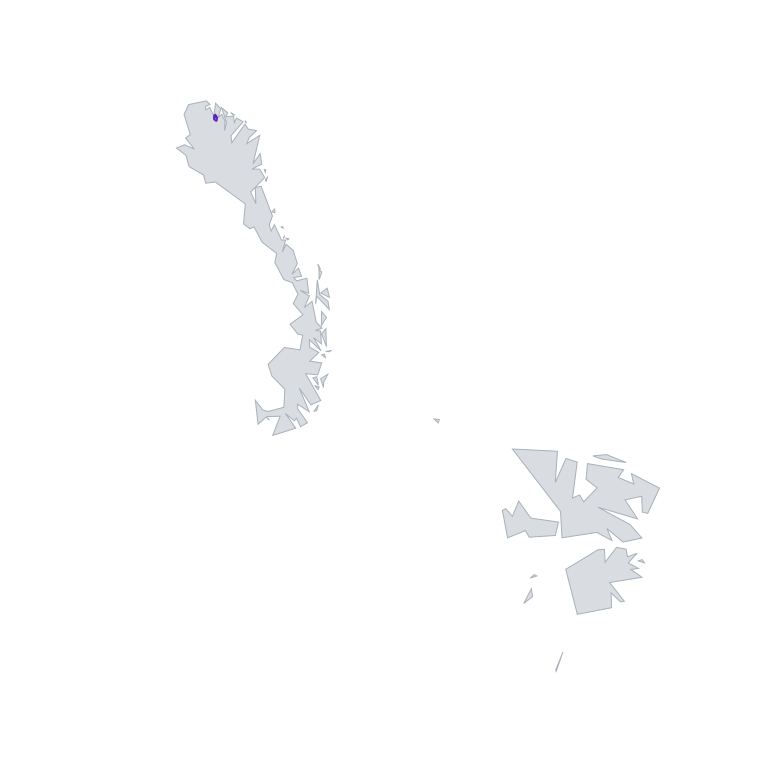 location of Sauda nor, Rogaland, Norway, rotated 126°
{"feature_id": "86288312B22433756147713", "entity_name": "Sauda nor", "entity_type": "district", "adm_level": 2, "iso_a3": "NOR", "parent_name": "Norway", "parent_adm1": "Rogaland", "projection": "mercator", "projection_center": [6.323, 59.704], "detail": "fine", "context": "in_parent", "style": "filled", "palette": "violet", "viewbox_px": 768, "rotation_deg": 126, "n_neighbors": 0, "source": "geoboundaries", "source_scale": "gbopen_adm2", "svg_char_len": 4889}
<svg xmlns="http://www.w3.org/2000/svg" viewBox="0 0 768 768"><g transform="rotate(126 384 384)"><path d="M405.7,472.0L392.2,478.5L394.3,482.9L390.9,495.2L375.7,490.2L372.2,504.7L361.9,506.4L355.9,517.7L358.4,526.4L350.0,543.6L341.5,547.6L340.9,566.0L333.3,581.4L337.2,583.9L337.1,591.7L319.9,602.0L319.7,639.2L326.3,646.2L321.0,652.8L322.7,669.4L315.4,678.7L315.1,690.6L307.7,686.0L305.5,675.6L301.7,689.1L296.1,687.3L283.4,704.2L272.8,706.3L259.3,694.1L260.1,689.1L264.6,691.6L267.0,689.3L262.7,687.6L267.3,679.3L255.8,685.3L257.3,677.8L265.6,674.7L261.2,673.8L264.9,667.1L272.7,662.0L265.1,665.0L255.9,677.9L256.4,669.8L260.8,669.1L255.8,663.2L260.5,658.7L255.6,659.7L254.6,652.1L273.1,653.7L278.3,648.9L255.5,649.3L257.6,643.7L253.9,636.1L263.8,637.9L270.3,636.3L255.9,630.7L282.7,619.4L270.4,619.6L278.0,612.1L287.6,617.1L283.3,610.8L287.1,601.9L307.0,604.7L313.4,593.6L300.6,603.7L296.2,599.7L313.7,573.0L322.9,570.3L326.6,565.1L319.5,566.4L327.7,551.5L325.4,548.3L336.8,543.8L328.5,545.3L329.3,536.0L337.5,524.9L349.4,522.9L340.5,521.3L345.3,514.1L351.0,519.5L351.9,515.4L343.8,508.5L354.8,498.3L357.6,506.8L356.6,496.1L368.9,493.4L359.4,490.8L373.9,475.0L375.3,466.9L380.8,471.0L378.5,466.4L388.3,458.2L387.9,468.2L394.1,454.5L392.1,470.3L397.9,465.6L396.8,455.3L409.1,457.4L403.5,446.8L415.6,443.0L421.7,453.5L434.5,425.5L443.8,430.8L437.1,450.1L450.4,428.2L451.1,442.0L454.8,439.2L460.3,423.2L467.6,426.4L463.1,434.7L466.5,434.9L465.8,446.4L471.6,429.5L491.0,443.8L471.1,449.1L479.4,459.8L490.6,462.2L472.8,478.5L476.2,466.9L474.4,461.7L461.7,451.3L446.5,461.2L443.5,479.3L436.2,489.3L413.1,486.1L405.7,472.0ZM357.0,84.8L371.4,97.7L369.9,118.6L376.6,107.7L379.1,124.7L403.8,149.6L383.4,166.2L361.1,241.9L336.5,204.2L363.1,187.5L337.3,193.0L333.6,181.8L365.4,164.5L358.8,160.5L361.9,153.2L342.8,150.5L342.3,164.6L328.8,172.6L312.5,139.7L322.0,139.6L318.1,123.2L311.1,131.1L306.3,99.9L333.7,94.6L335.8,99.7L323.4,109.5L336.1,120.9L344.1,99.5L357.9,138.5L353.1,102.4L357.0,84.8ZM388.7,61.7L412.0,84.8L418.5,61.9L421.3,64.6L419.5,77.5L431.2,68.4L456.7,92.2L427.1,128.0L392.3,113.5L388.2,108.4L398.3,100.4L379.5,99.8L375.3,91.1L380.7,85.4L372.2,79.8L385.2,81.2L383.7,69.7L388.9,75.3L388.7,61.7ZM405.8,156.3L422.6,176.5L419.5,183.4L435.8,193.6L416.7,213.9L413.3,212.2L415.6,202.3L399.6,206.2L406.2,186.4L393.2,161.7L405.8,156.3ZM352.5,490.1L359.7,486.2L338.9,499.2L349.4,488.7L350.0,477.9L355.9,472.0L352.5,490.1ZM363.9,469.8L373.6,468.9L362.1,477.2L363.9,469.8ZM373.5,463.5L387.6,452.5L380.1,464.1L373.5,463.5ZM305.2,142.0L316.7,163.6L319.4,172.8L310.3,162.4L305.2,142.0ZM346.0,479.0L347.6,488.7L339.9,486.3L346.0,479.0ZM422.5,430.9L416.9,438.4L409.3,435.2L418.1,433.8L422.5,430.9ZM423.5,436.3L420.9,445.1L417.7,442.7L423.5,436.3ZM330.1,500.0L337.6,497.9L329.5,504.0L330.1,500.0ZM514.6,76.9L495.7,81.7L515.3,75.8L514.6,76.9ZM468.7,138.9L479.5,141.9L463.0,144.4L468.7,138.9ZM439.6,424.8L445.3,422.8L447.1,424.6L439.6,424.8ZM427.2,434.1L426.0,438.8L424.5,434.7L427.2,434.1ZM397.1,446.8L397.0,451.5L394.8,449.8L397.1,446.8ZM383.7,317.3L382.9,322.9L380.2,318.4L383.7,317.3ZM455.0,151.6L450.0,150.5L449.5,147.6L455.0,151.6ZM309.4,572.9L310.8,576.0L306.8,575.3L309.4,572.9ZM387.5,445.9L390.3,447.6L392.0,450.3L387.5,445.9ZM375.6,68.2L377.7,74.3L374.4,72.0L375.6,68.2ZM289.0,599.8L284.5,600.1L289.2,598.4L289.0,599.8ZM282.5,604.5L280.9,606.9L280.1,605.7L282.5,604.5ZM328.3,504.9L325.8,508.2L328.5,502.7L328.3,504.9ZM255.0,664.2L254.5,667.7L254.2,663.2L255.0,664.2ZM323.6,548.9L322.5,546.4L324.0,546.5L323.6,548.9ZM480.7,455.5L480.1,459.2L479.9,458.5L480.7,455.5ZM324.8,551.3L322.2,551.9L325.4,550.7L324.8,551.3ZM317.2,557.1L317.4,559.5L316.2,558.7L317.2,557.1ZM253.8,649.1L252.7,651.3L253.0,649.5L253.8,649.1Z" fill="#d9dde1" stroke="#a8b0b8" stroke-width="1"/><path d="M265.3,678.9L265.5,678.9L265.7,679.0L265.8,679.0L266.0,679.1L266.3,679.2L266.5,679.0L266.4,679.0L266.4,678.9L266.4,678.7L266.3,678.4L266.3,678.2L266.4,677.9L266.5,677.9L266.8,677.8L266.7,677.8L266.8,677.8L266.8,677.7L266.8,677.8L266.9,677.7L266.9,677.8L267.0,677.8L266.9,677.9L266.9,678.0L266.7,678.1L266.7,678.3L266.7,678.5L266.7,678.8L266.7,679.0L266.7,679.3L266.8,679.3L266.8,679.2L267.1,679.1L267.2,678.9L267.3,678.8L267.5,678.7L267.8,678.6L268.0,678.5L268.3,678.4L268.5,678.3L268.7,678.2L268.7,678.3L268.7,678.2L268.8,678.2L269.2,677.7L269.5,677.5L269.5,677.4L269.9,676.9L269.7,676.8L269.6,676.6L269.7,676.2L269.8,676.0L269.8,675.9L269.9,675.5L269.8,675.3L269.9,675.2L269.9,674.7L270.0,674.6L269.9,674.5L269.9,674.4L269.7,674.2L269.6,674.3L269.2,674.4L268.9,674.4L268.6,674.2L268.3,674.4L268.1,674.6L267.7,674.9L267.5,675.2L266.8,675.3L266.7,675.3L266.7,675.5L266.4,675.6L266.3,675.8L266.2,676.1L266.1,676.3L266.1,676.7L265.9,676.9L265.7,676.9L265.7,677.0L265.7,677.3L265.6,677.5L265.6,677.8L265.4,677.8L265.4,678.0L265.4,678.3L265.4,678.5L265.3,678.9Z" fill="#8b5cf6" stroke="#5b21b6" stroke-width="1.5"/></g></svg>